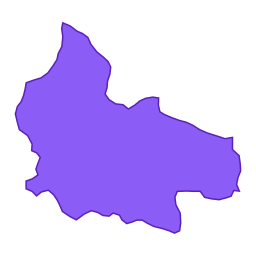 the district of São José do Alegre, Minas Gerais, Brazil
{"feature_id": "56859067B14852467328130", "entity_name": "São José do Alegre", "entity_type": "district", "adm_level": 2, "iso_a3": "BRA", "parent_name": "Brazil", "parent_adm1": "Minas Gerais", "projection": "albers", "projection_center": [-45.516, -22.321], "detail": "fine", "context": "isolated", "style": "filled", "palette": "violet", "viewbox_px": 256, "rotation_deg": 0, "n_neighbors": 0, "source": "geoboundaries", "source_scale": "gbopen_adm2", "svg_char_len": 1422}
<svg xmlns="http://www.w3.org/2000/svg" viewBox="0 0 256 256"><path d="M239.3,191.1L236.6,184.4L238.0,177.5L240.6,171.0L240.3,164.6L239.1,155.6L232.5,149.6L232.5,137.4L225.0,138.7L219.1,136.7L213.3,134.9L207.1,132.9L199.7,129.7L193.0,125.4L186.1,122.2L179.6,120.5L171.8,117.7L164.3,114.5L159.9,111.8L158.4,105.2L158.6,98.0L152.8,97.1L145.6,98.3L139.7,101.0L134.7,105.2L128.3,109.0L123.0,104.7L115.7,103.9L109.1,99.7L105.1,94.0L107.0,87.9L107.5,81.3L109.9,74.1L110.7,67.0L108.0,61.5L103.3,57.1L96.8,51.9L91.0,44.5L87.8,37.4L82.4,33.5L77.1,31.2L70.2,26.0L62.8,22.9L61.7,28.7L62.8,36.7L61.9,46.4L58.2,53.7L57.0,59.5L53.1,65.7L47.8,73.0L41.0,77.9L33.5,80.2L26.2,82.8L25.2,88.9L23.6,95.5L21.0,101.9L17.4,106.5L15.4,113.9L17.2,121.7L19.4,129.7L27.6,135.5L32.1,144.1L31.7,150.7L36.6,152.8L40.2,157.4L37.7,164.0L35.9,169.2L38.0,174.9L32.2,178.9L26.1,181.0L26.1,188.8L32.2,191.4L36.5,195.9L41.5,191.9L48.4,190.2L53.8,194.9L57.5,200.6L59.8,205.4L62.5,211.5L70.0,216.6L76.3,219.8L84.6,213.8L91.3,210.7L97.7,212.4L103.0,215.5L109.1,216.1L113.1,213.1L119.5,215.2L121.9,219.8L126.7,223.6L131.8,222.1L136.8,220.1L142.2,220.1L147.3,223.2L153.8,226.4L162.9,228.7L169.3,230.8L174.5,233.1L179.6,230.8L180.7,222.8L180.2,213.1L175.9,204.8L174.9,197.3L177.2,191.4L186.4,191.0L193.0,191.3L200.2,191.3L204.6,197.3L211.4,198.8L219.0,199.7L225.5,198.0L231.1,196.2L233.7,190.5L239.3,191.1Z" fill="#8b5cf6" stroke="#5b21b6" stroke-width="1.5"/></svg>